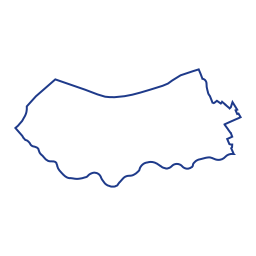 Moerdijk, Noord-Brabant, Netherlands (Mercator projection)
{"feature_id": "6326949B29665837615412", "entity_name": "Moerdijk", "entity_type": "district", "adm_level": 2, "iso_a3": "NLD", "parent_name": "Netherlands", "parent_adm1": "Noord-Brabant", "projection": "mercator", "projection_center": [4.556, 51.663], "detail": "fine", "context": "isolated", "style": "outline", "palette": "blue", "viewbox_px": 256, "rotation_deg": 0, "n_neighbors": 0, "source": "geoboundaries", "source_scale": "gbopen_adm2", "svg_char_len": 5543}
<svg xmlns="http://www.w3.org/2000/svg" viewBox="0 0 256 256"><path d="M193.2,71.1L180.6,75.3L172.2,80.5L167.9,83.6L162.6,85.8L150.4,89.6L140.3,92.6L132.3,94.7L124.5,96.2L114.5,97.2L109.4,97.1L105.1,96.7L97.5,94.4L85.1,89.7L55.3,79.4L35.9,96.3L26.8,106.4L26.8,107.9L26.8,109.3L26.6,110.8L26.4,112.1L26.0,113.5L25.5,114.8L24.9,116.1L24.2,117.3L23.5,118.5L22.8,119.8L22.1,121.0L19.3,124.2L18.4,125.3L17.4,126.3L16.4,127.1L15.4,128.0L22.3,135.9L23.5,138.0L23.8,138.2L24.2,138.6L24.5,139.0L24.8,139.5L25.1,139.7L25.5,140.0L26.3,140.2L27.2,140.6L27.6,140.9L28.1,141.3L28.5,141.7L28.9,142.1L29.6,142.9L29.7,143.0L29.8,143.2L30.0,143.5L30.4,144.3L30.9,145.0L31.6,145.6L32.2,146.0L32.6,146.2L33.7,146.5L34.3,146.6L34.7,146.7L36.8,147.5L37.6,148.1L38.0,148.5L38.2,148.8L38.4,149.0L38.6,149.9L39.6,152.6L40.0,153.2L40.9,154.3L41.4,154.7L41.6,155.0L42.3,155.5L42.7,155.9L42.9,156.2L43.2,156.5L43.6,157.0L44.6,158.1L45.3,158.9L45.8,159.4L46.4,159.8L47.0,160.2L47.4,160.4L47.9,160.8L48.8,161.1L49.4,161.2L49.9,161.3L50.4,161.3L51.1,161.3L52.5,161.4L53.5,161.4L54.3,161.6L54.9,161.8L55.2,161.9L55.5,162.1L56.0,162.6L56.3,162.9L56.5,163.6L57.2,165.4L57.2,166.0L57.3,166.1L57.6,167.0L57.8,167.6L57.9,167.9L58.1,168.4L58.7,169.3L59.4,170.4L61.8,173.1L62.7,174.0L63.2,174.6L63.5,174.8L64.2,175.5L64.5,175.7L64.9,176.1L65.7,176.7L66.2,176.9L66.7,177.3L67.7,177.7L68.2,177.9L68.7,178.0L69.9,178.2L70.2,178.1L71.3,178.2L72.8,178.4L74.6,178.7L75.6,178.8L76.6,178.9L77.0,178.9L78.5,178.8L79.9,178.6L81.7,178.3L82.6,178.1L83.2,177.9L84.9,177.4L85.8,177.2L86.3,177.0L86.8,176.8L87.2,176.5L87.5,176.2L87.9,175.8L88.7,175.0L89.3,174.5L89.8,174.2L90.8,173.6L91.0,173.6L91.6,173.3L92.1,173.1L92.8,172.9L93.2,172.8L93.9,172.7L94.4,172.7L94.8,172.7L95.3,172.8L95.9,172.9L96.4,173.0L97.1,173.2L98.0,173.7L98.4,173.9L99.0,174.4L99.6,175.0L99.9,175.4L100.3,176.0L100.6,176.4L100.8,176.9L101.0,177.5L101.4,178.3L101.8,179.1L101.9,179.3L102.3,179.9L104.5,182.9L105.0,183.5L105.8,184.2L106.5,184.7L106.8,184.9L107.3,185.2L108.1,185.6L108.9,185.8L110.0,186.2L110.8,186.5L111.5,186.6L113.9,186.6L114.5,186.5L114.8,186.5L115.3,186.3L115.5,186.2L115.8,186.0L116.8,185.7L117.1,185.5L117.3,185.3L117.5,185.1L117.7,184.9L117.8,184.6L118.0,184.3L118.3,183.9L118.9,183.1L119.4,182.4L119.8,182.1L120.6,181.2L122.1,179.5L123.2,178.3L123.6,177.9L124.2,177.4L124.8,177.0L125.4,176.6L125.7,176.5L126.3,176.3L127.1,176.0L127.7,175.9L128.5,175.8L130.5,175.7L131.2,175.6L131.8,175.5L132.8,175.2L133.4,174.9L134.4,174.4L135.2,173.9L135.6,173.6L136.0,173.4L136.7,172.8L137.3,172.2L137.5,172.1L138.0,171.6L138.9,170.7L139.2,170.4L139.3,170.1L139.6,169.1L139.9,168.2L140.1,167.7L140.7,166.7L141.5,165.6L141.9,165.2L142.4,164.7L142.8,164.4L143.4,163.9L144.1,163.5L144.6,163.2L145.2,163.0L145.8,162.8L146.0,162.7L146.4,162.6L147.2,162.5L148.9,162.1L149.6,162.0L150.7,161.9L151.6,162.0L152.2,162.0L153.2,162.2L154.0,162.4L154.7,162.6L155.2,162.8L155.6,163.0L156.2,163.3L156.9,163.6L157.5,164.0L160.2,165.8L160.4,165.9L160.4,166.0L160.8,166.2L161.9,167.0L162.5,167.4L163.1,167.6L163.6,167.8L165.1,168.2L165.6,168.4L165.8,168.4L166.1,168.5L166.5,168.5L166.8,168.5L167.3,168.5L168.6,168.1L169.1,167.9L169.5,167.8L170.3,167.3L170.6,167.1L171.4,166.5L172.1,165.8L172.7,165.3L173.6,164.7L174.6,164.3L175.8,164.0L176.8,163.9L177.8,164.0L178.6,164.1L179.6,164.5L180.4,164.8L181.4,165.5L182.0,166.1L182.4,166.5L182.8,166.9L183.4,167.4L184.1,167.8L184.6,168.1L185.0,168.2L185.3,168.3L185.9,168.5L186.2,168.6L187.3,168.7L187.9,168.7L188.4,168.6L189.9,168.1L190.3,168.0L190.9,167.6L191.3,167.3L191.6,167.2L192.1,166.9L192.2,166.7L192.6,166.2L192.8,165.7L193.1,164.2L193.2,163.9L193.6,163.3L193.7,163.1L194.1,162.7L194.4,162.4L194.6,162.2L195.7,161.1L196.2,160.8L196.7,160.5L197.4,160.1L197.9,159.9L198.6,159.6L200.4,159.2L202.7,158.6L205.4,157.9L206.3,157.7L207.7,157.5L208.6,157.4L209.1,157.4L209.6,157.4L210.4,157.5L210.7,157.6L211.3,157.8L212.1,158.0L212.5,158.2L215.0,159.2L215.4,159.4L216.3,159.6L217.1,159.8L217.7,159.8L218.2,159.9L218.7,159.9L219.3,159.8L219.8,159.8L220.3,159.7L220.8,159.5L221.8,159.3L222.3,159.0L223.1,158.6L223.9,158.1L224.8,157.3L225.9,156.3L226.5,155.8L227.0,155.4L227.7,155.0L228.4,154.7L229.1,154.4L230.0,154.2L230.9,154.0L232.4,153.9L232.6,153.9L233.0,154.0L233.6,154.0L233.5,153.9L233.6,153.7L232.7,151.6L231.8,149.6L231.5,148.9L231.4,148.6L231.2,148.2L232.0,147.3L232.1,146.4L232.2,144.5L231.7,144.5L231.4,144.5L230.8,144.5L230.6,144.4L230.0,144.3L229.4,144.1L228.5,142.0L228.4,141.8L228.3,141.7L227.8,140.3L227.2,139.0L230.9,137.3L232.2,136.7L230.9,133.2L230.8,132.9L230.5,132.8L228.1,129.5L227.9,129.1L227.7,128.8L227.6,128.7L224.8,124.9L224.5,124.5L224.5,124.4L229.1,122.3L230.7,121.6L231.8,121.1L233.2,120.5L234.3,120.0L235.9,119.3L237.1,118.8L238.7,118.1L240.6,117.2L238.5,113.6L237.2,114.0L235.6,110.3L237.2,109.7L236.4,108.4L235.1,106.3L232.5,102.1L231.8,104.2L231.0,106.7L231.0,106.9L230.9,107.0L230.4,107.7L229.6,108.4L229.4,108.1L229.1,107.9L225.2,104.6L225.3,104.5L223.4,102.9L223.0,102.6L222.1,101.8L221.9,102.2L220.8,103.5L216.9,100.8L214.4,102.8L213.0,103.3L212.8,103.5L212.9,103.4L212.6,102.9L211.9,101.1L210.2,96.8L209.8,95.9L209.2,95.1L209.0,94.8L208.8,94.6L208.7,94.4L208.6,94.2L208.0,92.7L207.8,91.6L207.5,90.6L207.1,88.9L206.7,87.0L206.6,85.3L206.5,83.3L206.4,83.1L206.4,82.8L206.4,82.5L206.3,82.2L206.1,81.7L205.9,81.3L205.8,81.1L205.4,80.5L205.2,80.3L205.1,80.1L204.6,79.7L204.3,79.5L204.0,79.3L203.6,79.1L203.1,78.9L202.4,78.8L202.1,77.8L201.8,77.1L201.7,76.8L200.6,73.9L198.7,69.4L198.4,69.5L193.2,71.1Z" fill="none" stroke="#1e3a8a" stroke-width="2"/></svg>